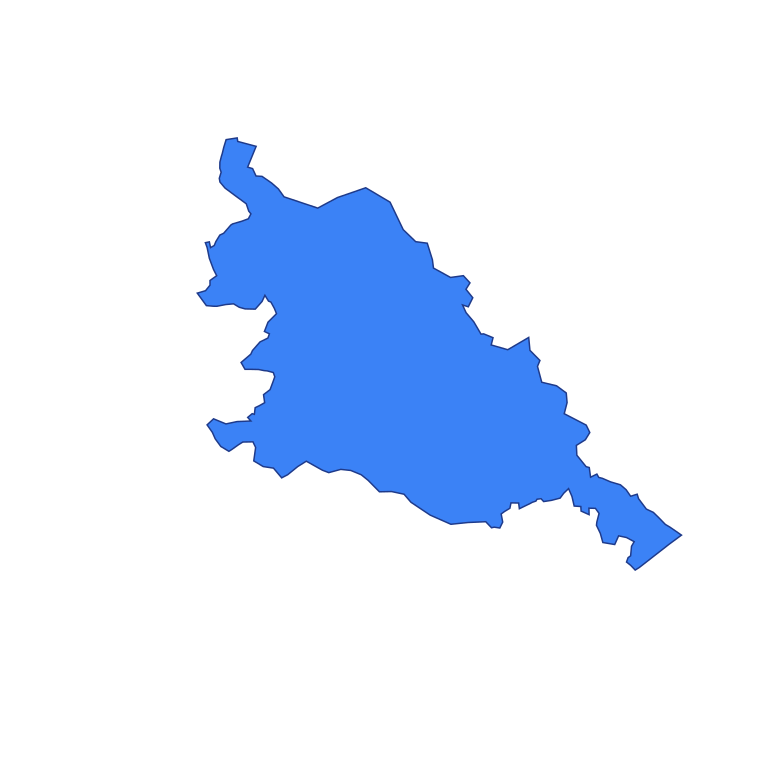 Treis Elies, Limassol, Cyprus (Equal Earth projection), rotated 148°
{"feature_id": "46923920B17590057603740", "entity_name": "Treis Elies", "entity_type": "district", "adm_level": 2, "iso_a3": "CYP", "parent_name": "Cyprus", "parent_adm1": "Limassol", "projection": "equal_earth", "projection_center": [32.797, 34.933], "detail": "fine", "context": "isolated", "style": "filled", "palette": "blue", "viewbox_px": 768, "rotation_deg": 148, "n_neighbors": 0, "source": "geoboundaries", "source_scale": "gbopen_adm2", "svg_char_len": 2817}
<svg xmlns="http://www.w3.org/2000/svg" viewBox="0 0 768 768"><g transform="rotate(148 384 384)"><path d="M211.8,98.2L217.4,111.2L219.8,115.8L221.8,125.0L223.6,132.4L227.8,138.9L228.9,151.8L227.7,156.4L234.3,158.1L234.7,166.1L236.9,173.2L243.7,180.9L248.8,188.3L251.4,191.0L251.2,194.8L258.2,195.5L254.2,204.4L256.4,206.8L258.2,221.4L253.4,230.0L247.9,230.0L242.8,230.0L235.2,233.8L234.3,242.0L246.9,263.3L238.6,271.2L234.2,279.8L238.6,291.0L249.3,301.9L244.5,317.6L239.3,321.3L242.4,335.2L236.6,346.8L260.9,347.5L272.4,360.3L267.0,365.5L272.9,373.7L275.3,374.9L274.9,389.2L276.6,401.0L275.5,409.4L271.6,404.8L263.0,410.1L264.3,420.9L257.5,424.2L259.3,433.8L271.1,439.1L280.6,456.1L277.1,463.7L272.7,480.5L281.7,487.9L285.9,504.7L282.5,535.0L295.5,560.1L324.7,566.8L347.0,568.3L369.6,595.7L370.2,605.4L372.8,614.0L377.4,624.7L382.3,628.2L381.3,636.3L384.7,640.2L366.5,653.3L379.5,667.2L378.1,670.5L388.4,674.9L394.5,669.6L399.2,665.0L401.1,663.4L405.6,659.1L408.9,654.0L409.9,649.9L414.7,645.7L416.1,642.2L415.0,634.4L410.2,622.1L405.3,609.8L407.1,602.3L406.7,598.8L411.5,596.0L418.3,597.4L427.5,600.0L429.6,600.0L440.1,596.8L444.3,597.3L451.1,593.9L454.6,591.4L458.8,591.6L456.8,597.1L460.6,598.5L461.7,593.4L465.5,583.2L467.9,571.4L468.5,564.5L476.7,564.0L479.2,560.0L485.9,557.7L494.2,560.0L493.1,544.6L487.5,540.4L484.6,538.5L476.0,535.2L469.1,531.7L466.1,525.8L462.0,521.3L453.5,515.7L443.7,518.6L438.0,522.3L438.0,515.5L436.5,513.4L436.9,506.3L437.9,500.6L449.6,497.9L457.6,491.9L454.6,487.3L458.1,484.5L466.8,485.4L477.8,482.1L481.1,479.9L493.8,478.0L494.1,470.1L489.3,467.1L482.6,462.7L478.6,458.9L476.1,457.0L471.8,452.4L472.8,448.0L477.6,444.2L483.6,439.6L491.8,438.8L492.8,436.6L495.1,431.4L501.5,431.7L505.8,432.2L510.0,427.0L511.5,428.7L517.3,427.9L516.5,423.2L521.5,426.0L528.5,430.0L539.2,433.9L547.0,444.8L555.7,443.1L555.6,441.4L555.2,433.9L556.2,427.0L555.5,417.5L551.2,409.1L548.0,409.1L539.5,409.6L534.5,409.6L525.8,404.4L526.5,398.2L535.2,387.8L530.2,378.0L522.3,371.2L520.5,358.6L519.9,358.6L513.8,358.1L500.8,359.7L490.8,359.7L481.9,343.5L477.8,338.1L465.9,334.5L458.0,328.3L451.4,319.1L448.5,310.7L445.0,295.0L434.6,288.8L425.4,279.9L423.8,269.4L414.3,248.3L401.6,229.6L386.1,222.0L370.7,213.3L369.0,205.1L366.4,204.2L362.1,200.5L356.5,204.0L353.5,211.7L349.2,212.0L343.1,211.9L339.3,215.9L332.9,211.7L335.3,206.5L323.1,205.2L321.0,205.1L317.2,204.2L315.3,205.2L311.6,203.5L310.9,199.7L303.7,196.6L295.1,193.9L289.5,196.1L282.9,197.5L284.2,189.0L287.4,179.7L282.0,175.8L284.2,171.8L279.3,164.5L276.0,170.1L270.6,166.5L270.2,160.3L276.6,154.2L278.7,151.6L279.7,142.7L282.4,133.6L273.4,125.6L265.5,130.9L259.7,125.3L255.4,117.7L260.1,115.2L265.9,107.6L269.0,107.4L272.7,104.5L270.9,99.5L269.6,93.1L264.7,93.1L227.3,97.0L211.8,98.2Z" fill="#3b82f6" stroke="#1e3a8a" stroke-width="1.5"/></g></svg>